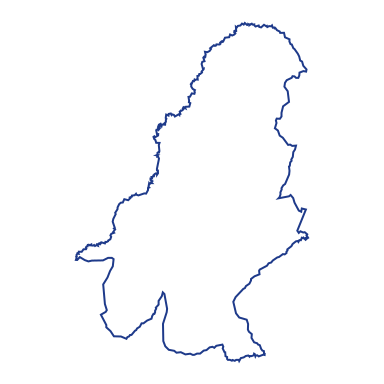 Chinsali, Muchinga, Zambia (Robinson projection)
{"feature_id": "96606910B49575738019753", "entity_name": "Chinsali", "entity_type": "district", "adm_level": 2, "iso_a3": "ZMB", "parent_name": "Zambia", "parent_adm1": "Muchinga", "projection": "robinson", "projection_center": [32.159, -10.298], "detail": "fine", "context": "isolated", "style": "outline", "palette": "blue", "viewbox_px": 384, "rotation_deg": 0, "n_neighbors": 0, "source": "geoboundaries", "source_scale": "gbopen_adm2", "svg_char_len": 5965}
<svg xmlns="http://www.w3.org/2000/svg" viewBox="0 0 384 384"><path d="M308.1,237.8L306.5,235.3L307.2,234.3L304.7,232.2L303.2,232.5L300.4,231.3L298.8,232.9L297.3,230.7L305.9,209.5L301.8,208.5L301.2,211.7L298.8,210.6L294.5,202.6L293.2,198.1L290.6,195.0L289.0,196.3L278.5,198.3L279.5,197.3L280.5,194.4L280.4,192.4L281.7,189.4L281.5,188.2L283.2,185.4L285.1,184.0L289.1,174.6L289.5,170.8L289.0,166.5L289.8,165.8L290.2,162.4L291.6,160.8L291.3,159.5L292.8,156.9L293.3,152.1L295.0,149.5L296.0,145.6L292.2,145.9L290.2,144.6L288.1,144.9L282.8,137.7L279.7,135.6L277.9,130.5L274.9,128.3L276.5,123.0L275.9,120.5L276.7,118.6L279.9,118.8L281.5,116.5L281.5,112.8L283.1,106.3L289.0,101.9L287.7,91.2L284.4,86.7L285.0,82.8L286.7,80.2L291.7,77.8L292.5,76.2L294.5,76.4L296.1,77.9L298.3,77.9L299.3,75.5L299.5,72.6L303.4,71.1L306.1,71.6L306.5,69.4L303.3,65.8L302.1,61.6L300.2,60.5L299.2,56.5L297.8,53.7L294.4,48.9L293.4,48.3L291.8,44.5L290.5,44.1L289.4,41.4L289.5,39.3L285.0,37.3L284.0,32.8L280.2,32.9L279.7,31.5L277.0,30.2L275.5,28.2L274.7,28.4L274.5,27.5L272.8,27.7L272.0,25.4L271.1,26.3L269.1,26.1L267.4,27.0L266.9,25.9L266.3,26.3L264.0,24.8L261.1,27.4L259.2,26.9L258.7,25.5L255.5,26.5L254.3,25.3L254.3,24.4L252.6,24.6L251.8,23.7L250.1,24.8L250.3,24.2L248.9,24.5L248.1,24.0L247.9,24.8L247.1,25.0L244.8,23.0L243.7,24.6L242.0,23.6L240.4,25.5L237.9,25.9L236.7,27.6L235.9,26.9L236.2,31.1L235.3,31.6L235.5,30.5L234.4,30.9L234.2,32.3L235.3,33.5L234.2,34.6L232.2,35.5L230.1,34.5L229.2,37.2L225.0,37.7L223.1,41.7L222.5,41.9L222.6,41.1L221.6,41.3L220.1,42.7L220.4,43.8L219.7,44.5L216.4,44.4L215.9,45.6L214.9,45.9L213.9,45.2L210.2,48.2L211.0,49.0L209.6,51.0L207.3,52.2L205.0,51.8L205.7,54.9L205.2,55.5L205.4,56.8L204.9,57.4L203.9,56.9L203.3,57.7L204.5,61.2L202.3,61.8L201.6,64.0L203.0,69.0L203.7,68.7L203.6,69.3L201.6,71.5L202.0,72.5L200.2,74.0L199.3,74.0L198.8,75.7L197.4,76.0L197.7,79.6L196.4,79.4L195.0,80.2L194.5,79.7L194.0,81.2L192.9,81.0L191.9,83.4L191.4,83.3L190.8,84.2L191.3,84.9L191.2,86.5L192.7,88.9L194.9,90.1L194.4,90.9L194.8,92.4L194.4,93.8L191.8,93.4L190.0,96.7L188.5,96.9L189.1,100.6L188.9,102.3L190.3,103.1L189.3,106.6L185.3,106.8L184.9,107.2L185.3,108.2L183.5,107.2L182.8,108.5L183.4,109.2L182.9,109.8L181.5,110.8L180.9,110.5L179.7,111.7L180.4,113.9L179.5,114.1L179.4,115.0L178.7,114.3L174.9,116.5L173.9,114.9L172.3,114.4L171.6,115.1L170.8,113.5L168.7,113.9L168.5,115.6L166.2,114.6L165.7,118.0L166.4,118.8L165.8,120.0L165.9,121.8L164.4,123.3L165.2,123.8L165.1,124.7L162.0,124.5L161.6,126.0L161.0,124.8L160.6,125.8L159.8,125.7L160.0,124.1L158.9,124.7L158.1,126.8L159.6,127.2L159.9,128.1L158.6,129.8L158.0,128.6L157.8,129.8L156.5,129.7L156.2,130.3L157.0,134.2L158.2,134.1L158.1,135.5L155.0,137.3L154.3,136.3L153.5,136.9L154.3,139.1L155.4,140.0L156.2,142.8L159.5,142.9L158.8,145.1L159.4,151.1L159.1,152.2L158.6,151.9L157.4,153.0L157.7,154.1L157.2,154.6L157.7,154.8L156.4,155.3L157.3,155.5L157.2,156.7L158.1,156.6L159.0,158.6L156.9,169.0L157.0,170.4L157.9,170.5L158.0,173.3L157.1,174.6L157.1,173.4L156.6,174.0L155.9,173.4L154.5,174.2L154.0,175.9L153.4,175.5L152.6,177.0L151.6,177.0L152.0,178.4L150.5,178.5L150.5,179.9L152.3,181.1L151.2,182.1L152.1,183.1L150.5,183.1L149.6,184.2L149.1,183.4L148.5,186.7L149.2,187.5L148.0,188.0L148.0,190.1L146.1,193.6L144.3,193.4L138.4,195.4L136.4,194.7L136.0,193.8L134.7,195.2L131.9,195.6L131.9,196.6L129.9,197.4L130.4,198.0L128.2,200.2L124.3,199.2L122.8,202.5L120.8,202.7L119.2,204.1L117.6,207.3L117.5,209.2L115.2,212.8L115.7,214.1L113.3,218.9L112.7,221.7L114.8,227.9L114.0,228.5L115.1,229.4L113.2,232.0L114.0,232.8L111.3,233.8L110.4,235.4L111.2,236.8L110.3,239.3L108.2,240.5L108.1,241.2L106.4,242.1L105.4,241.9L104.9,243.4L101.2,242.3L100.1,243.1L100.6,243.6L100.0,244.3L99.0,243.5L98.4,244.2L97.3,244.2L97.8,245.7L96.4,245.1L95.0,246.0L94.1,245.0L93.1,245.6L91.2,245.4L91.2,244.5L89.7,245.3L88.8,244.7L87.8,244.9L87.6,246.3L86.7,246.4L85.9,247.4L86.4,248.5L86.0,249.2L83.5,249.3L81.7,251.8L78.8,251.7L78.7,252.8L77.9,253.0L78.4,253.8L77.3,253.7L76.5,255.0L76.6,256.0L77.3,255.8L76.2,256.8L76.6,257.8L75.9,259.9L77.2,260.0L79.8,257.1L84.8,260.1L88.4,261.4L91.9,260.6L103.0,260.4L108.0,257.9L111.9,257.9L113.6,259.1L112.8,266.3L110.1,270.9L107.5,277.5L103.2,284.4L104.9,304.0L106.8,310.1L105.7,311.9L100.9,314.7L106.3,325.0L106.3,327.3L110.5,331.1L113.9,336.3L121.0,336.5L126.4,338.8L127.4,337.1L129.1,336.4L130.0,335.0L131.5,334.9L135.0,330.7L136.2,330.1L137.0,328.5L139.8,326.7L141.6,323.3L143.5,323.3L147.2,320.5L151.5,318.7L152.2,316.0L153.5,313.8L154.4,313.9L155.1,312.3L155.1,310.7L156.2,308.7L155.8,307.7L158.6,304.6L158.6,300.9L161.8,296.2L162.8,292.4L164.4,294.0L167.1,308.8L166.7,312.2L163.0,323.8L163.3,341.1L165.3,346.3L168.8,349.8L174.2,350.8L176.5,352.7L180.8,352.2L185.4,354.4L190.2,353.7L192.8,354.9L194.4,354.8L197.0,353.6L200.1,353.6L203.7,350.6L206.5,350.1L209.6,347.4L212.5,346.8L214.3,347.8L216.3,345.8L222.4,344.6L223.3,346.7L222.7,348.4L224.5,352.2L225.2,352.3L225.5,356.2L227.1,357.0L227.1,359.0L228.0,359.9L229.8,359.8L231.9,360.7L232.5,360.0L234.8,360.8L236.1,359.9L238.8,359.9L239.2,361.0L240.8,358.1L243.7,357.4L245.8,356.0L248.3,355.5L249.5,356.6L249.8,356.0L251.6,356.1L253.9,355.2L254.1,353.7L254.7,354.0L255.4,356.3L255.8,355.5L257.3,355.3L258.7,356.4L263.2,354.7L264.6,355.0L264.7,353.7L264.0,353.3L263.9,351.1L262.4,350.6L261.2,349.0L259.8,345.2L258.0,344.5L257.2,343.3L254.1,342.3L251.5,337.9L251.8,334.1L248.9,331.7L247.9,329.6L248.1,324.0L246.7,319.7L239.2,317.5L236.0,313.3L233.3,301.8L235.6,297.1L243.3,288.9L244.9,288.1L245.9,286.1L249.4,283.7L251.0,280.5L251.0,279.0L254.5,276.3L259.5,274.3L259.1,270.8L259.7,269.6L267.0,265.7L268.6,263.3L271.2,262.5L272.8,260.5L277.3,257.4L279.0,257.0L282.9,254.1L284.7,254.4L286.5,253.0L286.5,251.6L287.5,250.5L287.3,249.4L291.4,246.2L292.6,244.0L296.0,241.3L297.8,241.0L298.4,241.9L299.4,240.1L300.9,240.2L301.8,237.7L303.2,238.2L303.5,237.7L305.6,239.8L306.3,239.1L305.7,237.9L306.4,237.5L307.0,238.5L308.1,237.8Z" fill="none" stroke="#1e3a8a" stroke-width="2"/></svg>